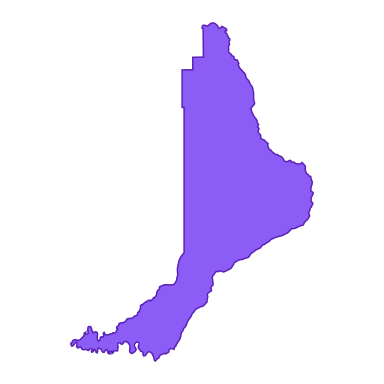 Alto Alegre dos Parecis, Rondônia, Brazil (Mercator projection)
{"feature_id": "56859067B30978738760138", "entity_name": "Alto Alegre dos Parecis", "entity_type": "district", "adm_level": 2, "iso_a3": "BRA", "parent_name": "Brazil", "parent_adm1": "Rondônia", "projection": "mercator", "projection_center": [-61.96, -12.573], "detail": "fine", "context": "isolated", "style": "filled", "palette": "violet", "viewbox_px": 384, "rotation_deg": 0, "n_neighbors": 0, "source": "geoboundaries", "source_scale": "gbopen_adm2", "svg_char_len": 5987}
<svg xmlns="http://www.w3.org/2000/svg" viewBox="0 0 384 384"><path d="M70.8,343.3L70.9,344.5L71.2,345.2L72.0,346.2L72.9,345.9L73.8,345.0L76.0,342.1L76.8,342.3L77.2,343.5L76.5,346.7L77.9,348.0L79.1,347.4L80.5,346.9L81.3,347.7L81.8,349.1L83.2,349.7L84.2,349.7L85.5,349.4L86.4,349.5L87.5,350.3L88.8,350.4L89.4,349.2L90.6,348.7L92.8,349.6L91.4,351.1L91.8,352.2L93.1,351.7L94.6,349.5L95.8,350.8L96.0,352.3L97.1,352.9L97.6,351.5L97.8,349.0L98.4,347.9L101.5,349.6L102.0,351.2L103.1,352.4L104.3,352.2L104.9,350.8L106.3,349.6L107.1,350.0L107.6,352.2L108.7,353.8L110.6,353.7L109.5,352.6L109.2,351.2L110.3,351.4L111.6,352.0L112.5,353.2L113.3,352.5L112.4,351.4L113.8,351.3L115.0,350.7L117.6,350.9L117.7,349.1L118.2,346.9L117.7,345.6L117.8,344.1L118.2,343.2L119.0,342.7L120.3,343.1L121.2,344.1L122.0,344.4L123.1,343.4L123.8,342.2L124.6,341.6L126.0,341.5L128.3,343.0L129.7,345.2L130.1,347.1L129.6,350.0L130.0,352.4L131.3,353.4L132.5,353.3L134.8,351.6L135.9,350.3L136.1,349.0L135.1,347.5L134.4,346.1L134.4,344.8L135.1,343.3L135.8,342.6L136.8,342.1L138.0,342.2L139.0,342.9L139.1,344.0L138.3,346.4L138.3,347.9L140.8,351.3L141.6,351.5L143.1,352.3L143.0,354.9L143.9,356.0L145.5,355.4L147.7,352.1L149.3,351.8L150.6,352.2L151.8,353.2L152.7,354.9L153.7,357.1L154.4,360.3L155.3,361.0L156.2,360.2L157.0,358.9L158.6,358.2L159.6,356.0L161.0,354.7L162.4,354.1L163.7,353.9L164.6,353.3L165.5,353.8L166.3,353.8L167.3,352.8L168.3,352.5L168.8,351.8L169.1,349.7L170.4,348.7L171.5,348.6L173.1,348.9L173.9,349.4L174.5,348.0L174.7,346.8L176.0,345.9L176.5,344.2L178.7,341.0L180.1,338.3L180.8,335.9L181.1,333.4L183.2,330.0L183.8,328.3L185.2,326.9L185.9,325.9L186.6,324.3L186.9,322.8L187.3,322.0L188.9,319.4L191.0,316.6L192.3,313.6L194.1,311.7L195.3,309.8L196.1,309.0L199.5,307.4L200.5,306.6L202.3,306.5L203.2,306.0L205.2,304.1L205.7,303.0L206.5,302.7L207.0,302.1L207.1,299.7L207.7,297.1L207.7,296.1L207.2,294.3L208.5,292.6L211.4,290.9L211.4,290.0L210.9,287.7L211.5,286.4L212.2,286.0L213.0,284.9L213.1,284.1L212.5,279.0L212.2,277.9L212.6,276.3L213.2,275.2L214.2,274.4L214.7,273.3L215.5,272.2L216.4,271.4L217.5,271.6L218.9,271.6L220.8,270.7L222.9,271.9L224.1,271.8L229.8,269.1L231.4,267.9L232.2,266.7L232.5,265.9L233.8,264.2L233.9,263.2L234.4,262.5L235.3,262.3L235.9,261.6L238.1,260.5L240.6,259.5L241.9,259.6L242.8,259.4L245.1,258.2L246.5,258.0L248.4,257.3L249.5,255.9L250.7,253.9L256.4,249.6L257.6,249.4L258.4,248.6L260.4,247.9L262.0,245.6L263.0,244.8L264.6,244.4L266.3,243.0L268.4,241.8L269.1,241.5L271.0,239.4L275.5,237.4L282.9,235.3L283.8,234.9L284.5,234.3L287.8,232.8L291.7,228.6L293.3,228.7L295.7,228.1L299.9,226.0L301.6,225.5L302.7,225.3L303.4,224.8L304.4,222.4L307.5,219.5L309.4,216.6L309.6,215.4L308.6,212.9L309.8,210.4L310.2,208.3L311.4,206.8L312.7,204.0L312.6,202.6L311.4,202.0L311.1,200.9L311.2,199.3L310.9,198.0L311.5,196.7L312.2,196.0L312.3,195.0L313.0,194.2L313.2,193.1L312.8,192.3L311.4,191.3L310.7,190.6L311.2,186.7L312.0,184.4L312.3,181.9L310.9,178.6L310.9,177.1L310.6,176.3L309.1,176.0L307.5,174.1L306.6,173.5L306.1,172.5L305.2,169.9L305.4,166.9L305.3,166.1L303.4,163.8L302.0,162.5L300.4,164.1L295.9,163.7L294.3,162.4L293.0,162.0L291.4,162.3L290.8,160.6L289.5,160.4L287.5,161.5L285.7,161.7L284.2,160.8L283.3,158.8L282.5,158.0L282.0,157.2L280.5,156.2L279.1,155.8L277.8,154.8L276.8,154.4L275.3,154.4L274.2,153.3L272.3,152.0L270.7,150.0L269.1,149.1L268.5,147.8L267.8,145.6L267.8,144.5L268.1,143.5L265.7,141.8L264.9,140.5L264.2,140.0L262.0,139.2L261.0,138.5L260.7,136.8L260.7,135.3L258.5,132.6L258.3,131.7L258.4,130.1L259.0,129.0L258.6,127.9L257.5,126.8L258.6,124.8L257.1,122.1L257.0,120.3L256.2,119.5L255.6,118.3L255.0,117.8L253.8,116.0L252.0,112.3L251.4,110.8L251.1,109.0L251.6,107.3L253.6,105.2L254.4,104.1L254.6,102.6L253.9,100.7L253.6,98.9L253.6,92.9L253.1,91.3L253.1,90.4L252.8,89.5L252.7,88.0L251.9,86.4L250.2,84.1L249.5,82.2L248.6,80.5L246.9,78.9L245.6,76.7L245.7,75.9L245.4,74.5L244.1,72.7L243.1,71.9L241.6,69.9L240.6,69.3L240.2,68.4L239.3,67.7L239.2,66.8L238.5,66.0L238.4,64.5L238.9,63.5L238.3,62.6L237.4,60.1L234.7,59.5L234.1,58.4L233.9,56.7L233.1,56.1L232.0,56.0L231.6,54.8L228.8,52.3L228.6,51.5L228.6,49.9L228.8,48.6L228.5,47.1L228.6,46.0L229.6,44.2L229.1,42.8L229.2,41.4L229.8,40.3L229.7,38.7L228.8,38.0L228.2,37.2L227.9,35.9L227.2,35.3L226.8,33.5L225.2,32.5L225.2,31.1L226.5,30.9L226.7,29.9L226.5,29.1L224.6,27.8L221.9,26.4L221.3,27.2L219.9,28.2L218.5,27.9L217.7,26.0L216.5,24.7L214.3,23.1L212.6,23.0L211.3,23.2L210.1,23.8L209.1,24.8L207.5,26.0L206.7,26.1L205.7,25.5L204.4,25.3L203.1,25.3L202.4,26.1L202.0,28.1L203.1,28.6L203.4,57.1L192.8,57.3L192.8,69.8L182.1,69.9L182.1,107.4L184.1,107.7L184.1,252.7L181.3,256.2L179.7,259.0L179.0,260.7L177.4,268.6L177.5,272.4L177.8,274.7L176.9,278.0L176.7,279.8L175.5,282.4L174.2,284.1L173.5,284.7L169.4,284.9L165.2,284.7L163.3,285.1L162.4,285.6L159.5,286.8L159.4,289.0L158.4,290.0L157.5,290.5L157.1,291.5L156.1,295.9L154.4,297.7L153.6,297.5L152.7,299.2L151.1,300.2L150.6,300.9L149.6,300.2L148.7,300.2L148.1,300.9L147.0,301.1L146.2,302.0L145.4,302.1L143.5,303.6L143.0,304.4L141.3,304.8L140.4,305.9L140.6,307.8L139.9,309.7L139.4,310.4L139.1,311.7L137.7,312.5L137.6,313.9L137.2,314.7L136.4,315.5L135.7,315.9L134.6,316.0L133.9,316.8L131.7,318.4L128.0,318.5L126.9,319.1L126.0,320.9L125.2,321.6L123.1,322.7L120.8,322.8L119.7,323.2L119.0,323.7L118.7,325.4L117.4,326.2L116.6,327.3L116.6,328.2L117.7,328.9L116.9,329.9L116.2,331.3L116.0,332.3L115.1,332.9L112.9,332.8L112.1,333.8L110.5,333.9L109.4,334.4L107.8,334.9L106.2,334.8L104.9,334.1L104.1,332.4L103.5,332.9L103.3,334.1L103.9,335.9L103.2,337.1L101.4,336.6L100.4,337.4L100.0,340.1L98.3,341.0L97.3,338.9L97.2,336.7L97.6,334.8L97.3,332.7L95.8,331.8L94.5,332.1L94.0,332.9L93.0,332.7L92.6,331.3L91.7,330.1L91.5,328.2L90.5,326.5L88.4,326.7L88.0,327.5L87.7,330.0L87.9,331.2L88.4,332.4L87.5,333.8L85.8,334.3L85.1,333.4L85.6,332.3L84.3,333.0L84.1,335.4L83.5,336.3L80.3,339.5L79.1,340.2L77.5,340.2L76.1,339.8L74.9,339.7L72.9,340.4L72.3,341.4L72.0,342.7L70.8,343.3Z" fill="#8b5cf6" stroke="#5b21b6" stroke-width="1.5"/></svg>